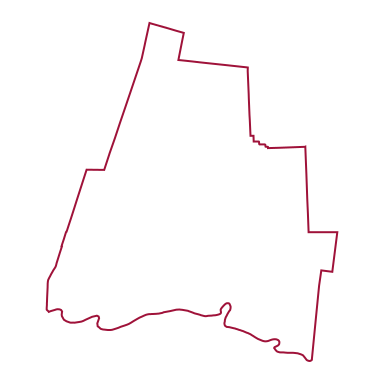 outline of Perieti, Ialomita, Romania
{"feature_id": "2599482B58412168302533", "entity_name": "Perieti", "entity_type": "district", "adm_level": 2, "iso_a3": "ROU", "parent_name": "Romania", "parent_adm1": "Ialomita", "projection": "natural_earth1", "projection_center": [27.247, 44.595], "detail": "fine", "context": "isolated", "style": "outline", "palette": "rose", "viewbox_px": 384, "rotation_deg": 0, "n_neighbors": 0, "source": "geoboundaries", "source_scale": "gbopen_adm2", "svg_char_len": 4515}
<svg xmlns="http://www.w3.org/2000/svg" viewBox="0 0 384 384"><path d="M106.0,329.8L107.9,330.0L110.5,330.0L112.1,329.8L114.1,329.2L116.3,328.5L118.4,327.8L120.7,326.8L124.7,325.5L127.0,324.7L128.9,323.9L131.0,322.7L133.7,321.0L137.3,318.9L139.6,317.6L141.7,316.7L142.6,316.3L143.6,315.8L144.6,315.4L145.7,314.9L147.1,314.5L148.6,314.2L149.6,314.1L150.9,314.1L151.8,314.0L152.9,314.0L154.7,313.9L156.6,313.8L157.5,313.7L158.8,313.6L160.7,313.2L161.8,313.0L162.5,312.8L163.2,312.5L163.5,312.3L166.8,311.7L170.1,311.1L173.2,310.4L176.3,309.7L177.9,309.6L179.5,309.5L180.8,309.7L182.1,309.8L185.0,310.3L187.9,310.8L188.8,311.2L189.7,311.5L191.4,312.1L193.0,312.7L193.7,313.0L194.4,313.3L195.1,313.5L195.9,313.7L197.9,314.2L200.0,314.8L200.5,315.0L200.9,315.2L201.4,315.3L201.8,315.4L203.7,315.9L205.2,316.2L206.7,316.1L208.0,315.8L209.8,315.7L210.7,315.7L211.7,315.6L212.4,315.5L213.2,315.4L213.9,315.3L214.6,315.3L215.7,315.2L217.1,314.9L218.3,314.6L219.2,314.3L219.9,314.0L220.5,313.6L220.9,313.0L221.0,312.3L220.9,311.6L220.7,310.6L220.7,309.6L220.9,309.1L221.2,308.6L222.0,307.5L222.8,306.6L223.5,305.8L224.5,304.8L225.5,303.9L226.6,303.3L227.7,303.2L228.8,303.3L229.5,303.9L229.8,304.6L230.1,305.2L230.3,305.7L230.6,306.6L230.6,307.5L230.5,308.4L230.4,309.0L230.2,309.6L230.1,310.1L229.5,310.8L229.0,311.4L228.5,312.3L227.6,313.8L226.9,315.2L226.5,316.0L225.7,317.4L225.3,318.7L224.9,320.0L224.8,321.5L224.4,323.1L224.5,324.1L224.7,325.0L225.1,325.8L225.8,326.3L226.7,326.9L227.9,327.0L229.5,327.2L230.7,327.5L233.2,328.1L234.5,328.4L235.1,328.5L235.8,328.8L236.9,329.1L237.8,329.4L239.1,329.9L240.4,330.2L241.6,330.7L242.8,331.0L243.5,331.3L245.1,332.0L245.8,332.3L246.7,332.7L247.8,333.0L248.4,333.3L249.0,333.6L249.5,333.8L250.1,334.1L250.7,334.4L251.0,334.6L251.4,334.9L251.7,335.1L252.9,335.8L255.2,337.3L257.9,338.9L259.6,339.6L262.5,340.8L263.6,341.1L264.8,341.3L266.1,341.3L267.1,341.2L268.4,340.9L270.7,340.0L272.3,339.5L273.5,339.3L274.8,339.2L276.2,339.3L277.3,339.7L278.3,340.2L279.0,341.0L279.4,342.0L279.3,343.3L279.1,344.2L278.5,345.0L277.8,345.6L276.0,346.5L274.9,347.0L274.3,347.5L274.2,348.1L274.6,348.6L275.6,350.0L276.6,351.1L277.3,351.6L278.2,351.9L279.6,352.3L280.6,352.4L281.9,352.4L283.3,352.4L285.3,352.6L287.6,352.8L289.7,352.8L292.9,352.8L294.1,352.9L297.7,353.3L298.9,353.7L300.8,354.3L302.0,354.8L303.1,355.4L303.8,356.3L304.8,357.5L305.7,358.7L306.7,360.0L307.6,360.5L309.2,361.0L310.1,360.9L310.7,360.8L311.4,360.1L311.9,359.8L311.9,359.0L315.9,318.1L319.1,285.7L321.3,270.4L332.3,271.8L337.3,232.2L308.6,232.2L307.9,213.3L307.3,200.1L306.4,174.5L305.3,146.7L305.1,146.8L302.7,146.9L292.2,147.3L278.6,147.8L268.0,148.1L268.0,147.0L267.9,146.9L267.7,146.8L266.7,146.8L265.8,146.7L265.6,146.7L265.5,146.4L265.4,145.7L265.4,145.1L265.3,144.8L265.2,144.7L264.8,144.4L264.5,144.4L259.5,144.4L259.3,144.2L259.2,144.0L259.1,142.9L259.0,141.8L258.9,141.6L258.7,141.5L253.7,141.5L253.5,135.8L250.5,135.8L249.8,120.2L249.5,115.2L248.8,97.9L248.7,94.3L247.7,71.0L247.8,67.5L246.3,67.3L224.1,64.9L207.9,63.2L199.5,62.3L197.1,62.0L195.9,61.9L195.4,61.8L194.3,61.7L193.5,61.6L192.7,61.5L191.7,61.4L185.2,60.7L178.4,60.0L182.3,40.2L183.8,32.9L176.0,30.7L168.3,28.4L152.4,23.9L150.1,23.2L149.5,23.0L148.0,29.8L145.3,42.1L144.6,45.5L141.8,58.2L140.7,61.7L135.1,78.3L130.3,92.5L128.5,97.8L125.8,105.8L120.0,122.8L114.9,138.2L109.4,153.9L109.4,154.0L104.2,169.9L86.6,169.7L76.9,199.8L74.4,207.7L71.0,218.3L70.5,219.8L69.6,222.5L67.6,228.6L67.2,229.9L67.1,230.2L66.5,231.8L66.3,231.8L66.2,231.8L65.9,232.5L63.8,239.3L62.1,244.4L61.5,246.4L61.9,246.5L59.9,252.6L57.5,260.3L56.7,262.8L56.1,265.2L55.9,265.9L55.8,266.1L55.7,266.4L55.5,266.8L55.4,267.1L54.9,267.9L54.3,268.8L53.3,270.3L52.6,271.6L52.2,272.3L51.1,274.2L50.1,276.2L49.0,278.2L48.5,279.3L48.2,279.9L48.1,280.3L48.0,280.9L47.9,281.3L47.8,282.4L47.7,283.3L47.6,287.6L47.2,296.0L47.1,298.4L47.0,301.6L47.0,301.8L46.9,303.1L46.9,304.9L46.7,307.9L46.7,309.0L46.7,309.4L46.7,309.6L46.8,309.8L47.5,310.5L48.2,311.1L48.4,311.3L48.8,311.9L50.4,311.2L53.5,310.3L54.9,309.9L56.3,309.4L57.8,309.2L59.7,309.4L61.1,310.0L62.1,311.5L61.9,312.8L61.7,314.7L61.9,316.1L63.1,318.3L63.9,319.7L64.7,320.2L66.5,321.3L67.9,321.8L69.9,322.5L70.8,322.7L71.9,322.7L73.0,322.6L74.6,322.7L75.8,322.5L77.1,322.3L79.1,322.0L81.4,321.6L83.3,320.9L85.7,319.7L92.1,316.8L96.9,315.7L98.6,316.5L99.1,318.2L97.3,323.4L97.7,326.3L98.8,327.1L99.4,327.6L100.2,328.4L101.1,329.0L101.6,329.1L103.1,329.5L104.5,329.6L106.0,329.8Z" fill="none" stroke="#9f1239" stroke-width="2"/></svg>